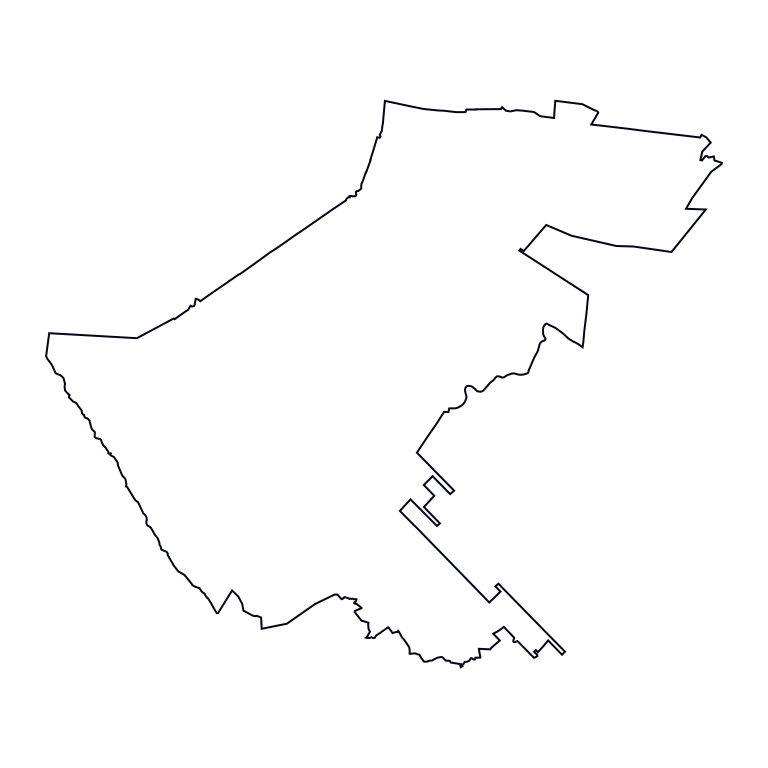 Juárez, Nuevo León, Mexico
{"feature_id": "50627088B92214080906145", "entity_name": "Juárez", "entity_type": "district", "adm_level": 2, "iso_a3": "MEX", "parent_name": "Mexico", "parent_adm1": "Nuevo León", "projection": "albers", "projection_center": [-100.116, 25.608], "detail": "fine", "context": "isolated", "style": "outline", "palette": "ink", "viewbox_px": 768, "rotation_deg": 0, "n_neighbors": 0, "source": "geoboundaries", "source_scale": "gbopen_adm2", "svg_char_len": 6078}
<svg xmlns="http://www.w3.org/2000/svg" viewBox="0 0 768 768"><path d="M410.4,106.3L384.9,100.9L382.9,123.4L382.4,125.9L381.7,131.4L381.0,132.2L379.8,134.8L380.5,136.6L380.1,137.4L379.9,137.6L379.5,137.8L377.3,137.2L372.1,154.4L370.3,160.0L370.6,160.1L366.1,172.5L365.8,172.4L363.6,178.7L363.4,179.5L361.4,184.1L361.2,186.3L361.3,188.5L360.2,189.6L358.8,190.5L358.4,191.0L356.9,191.1L356.0,191.8L355.9,192.6L356.3,194.2L355.8,195.7L355.4,196.2L353.0,196.3L352.0,196.2L351.5,195.9L349.4,196.2L349.7,197.4L347.8,197.5L346.2,199.2L346.1,200.3L331.1,210.4L303.8,229.4L297.9,233.4L297.7,233.4L281.6,244.8L274.1,249.9L270.5,252.1L265.2,256.0L239.7,274.3L238.6,274.5L231.5,279.5L228.0,281.8L227.9,282.1L227.1,282.6L211.3,293.4L200.3,301.2L199.0,300.1L197.8,299.3L195.7,298.9L194.6,305.0L194.0,306.1L191.9,306.5L190.6,305.7L188.1,309.8L179.4,315.7L174.7,319.2L173.7,318.5L136.9,338.2L49.2,333.2L46.1,356.3L47.5,359.0L51.6,364.5L53.5,368.3L55.5,373.0L56.8,373.9L60.5,375.2L63.5,378.1L65.0,383.7L64.6,387.0L65.1,390.5L67.7,393.4L69.5,394.8L69.6,395.3L68.8,396.7L69.0,397.4L72.9,401.4L76.4,403.1L78.2,406.0L81.6,410.4L82.0,413.3L83.4,414.8L84.2,415.1L84.1,415.7L84.9,417.4L85.6,417.9L87.7,418.5L89.5,420.7L91.2,427.4L92.0,429.4L93.9,431.1L94.7,431.9L94.9,432.7L94.6,436.7L95.1,437.3L96.3,438.2L100.0,439.0L101.0,439.9L101.6,441.9L102.4,443.6L103.2,445.1L104.5,446.7L105.7,447.7L106.8,449.7L108.1,451.3L108.3,451.9L108.3,453.3L109.0,453.7L109.9,453.7L110.4,453.3L110.8,453.4L110.5,455.2L111.3,455.7L113.9,457.0L117.6,462.4L118.1,465.7L122.3,475.7L124.9,478.3L125.4,479.1L126.1,482.6L126.4,484.0L126.0,486.4L127.2,487.1L135.3,500.2L138.1,502.3L143.4,513.5L145.2,514.9L146.4,517.3L146.7,518.1L146.8,520.2L146.3,521.9L146.3,523.0L147.2,525.4L148.9,526.3L150.1,527.1L151.0,527.9L154.5,534.1L155.7,535.9L157.6,538.1L159.3,542.3L159.6,545.0L160.4,545.9L160.9,547.4L161.4,549.6L165.9,551.5L166.7,552.0L167.3,552.7L167.8,553.6L167.6,554.9L174.0,565.9L178.5,571.6L180.4,572.6L184.6,575.1L191.9,584.1L192.4,585.3L193.2,585.6L195.5,586.9L199.5,588.2L201.5,591.3L202.9,592.6L203.7,593.0L204.8,594.1L205.5,595.7L207.3,597.9L208.3,598.8L211.1,603.3L214.0,608.6L216.8,613.2L218.0,613.1L232.1,590.5L238.3,596.5L242.2,603.9L243.5,610.7L252.9,615.7L254.4,616.1L255.7,616.1L256.8,615.8L261.1,617.5L261.7,628.8L286.9,623.7L315.1,604.0L334.4,594.7L336.1,594.5L337.3,594.5L341.5,599.1L342.2,599.1L343.9,597.7L344.4,597.1L348.5,598.2L349.3,598.9L350.2,598.7L351.2,598.9L352.2,598.6L354.0,599.2L356.1,599.1L356.5,599.3L356.5,599.7L355.8,601.5L354.8,602.0L354.4,602.2L354.2,602.9L354.3,603.3L355.0,603.7L356.7,604.0L361.4,607.8L361.4,608.2L361.1,608.4L355.0,610.8L354.6,611.3L354.6,611.9L361.4,620.6L368.4,622.7L368.3,624.2L368.1,624.8L368.4,626.6L368.5,628.6L368.6,629.1L370.0,631.7L368.0,635.1L367.4,636.5L366.0,637.7L367.0,638.0L368.9,638.0L370.6,637.6L371.3,637.3L373.6,638.1L374.9,637.7L376.1,635.5L381.0,632.4L381.7,631.7L388.2,627.3L388.4,627.3L389.7,629.2L391.0,630.7L392.5,633.1L396.4,631.9L397.6,632.1L398.2,630.9L399.4,632.5L401.9,637.3L402.4,637.9L403.8,639.2L409.0,646.9L409.3,647.6L409.7,650.5L409.6,653.1L409.7,653.8L410.1,653.9L414.2,653.3L415.3,653.5L417.2,654.2L419.3,654.7L421.3,657.9L421.6,658.5L421.9,658.9L422.2,658.9L422.4,659.2L422.7,659.9L423.5,661.1L424.3,661.7L426.9,661.7L428.6,661.1L429.7,660.6L431.8,660.6L435.7,658.5L437.4,657.7L441.3,657.0L441.7,657.1L442.3,657.3L443.0,657.7L445.7,660.6L449.3,660.8L450.1,661.2L450.4,662.1L450.7,662.5L460.9,664.2L460.3,665.2L460.7,667.2L462.5,666.3L462.2,665.2L462.7,664.6L463.3,664.3L464.7,661.9L466.8,661.9L469.4,660.6L470.7,658.3L471.2,658.2L471.7,658.2L473.1,659.2L474.1,659.6L474.9,659.4L475.3,658.6L475.4,657.7L480.3,657.6L480.4,657.4L479.6,653.3L478.9,648.8L488.4,649.3L490.3,649.3L491.3,647.8L499.8,640.5L493.2,633.7L497.8,631.3L502.0,628.4L503.8,626.9L514.2,637.7L513.2,641.2L513.4,641.6L513.8,642.0L514.4,642.1L514.9,642.1L517.5,641.1L534.1,657.9L537.3,656.2L537.3,654.9L534.0,651.8L535.9,650.1L537.9,652.2L543.2,646.4L548.1,640.4L562.0,654.7L565.0,651.7L547.1,633.5L498.4,583.7L495.4,586.4L500.5,591.6L489.3,602.5L417.3,528.4L413.4,524.6L399.9,510.9L410.5,499.4L437.0,526.0L439.9,523.4L423.9,507.0L434.3,495.8L423.8,485.0L432.6,476.2L450.2,494.1L454.1,490.6L436.3,472.5L416.9,452.6L430.9,431.8L436.6,423.7L444.1,411.8L448.4,412.1L449.2,408.4L455.5,408.3L457.3,407.8L458.9,407.1L461.5,405.6L463.4,403.9L464.4,402.6L465.2,401.1L466.5,397.7L466.4,396.4L465.5,392.9L465.1,391.1L465.1,389.5L465.3,388.1L465.7,387.4L466.6,386.3L467.2,386.0L468.4,385.9L470.8,386.2L472.1,386.6L474.9,388.9L477.1,391.1L478.4,391.5L480.3,391.7L481.0,391.7L481.9,391.4L483.3,390.6L488.7,384.4L489.7,383.2L491.1,381.9L493.3,380.4L494.7,378.6L496.3,376.8L496.7,376.5L497.3,376.3L498.7,376.3L500.1,376.7L501.7,377.4L502.2,377.6L502.9,377.5L503.6,377.4L504.9,376.7L506.4,375.6L507.9,374.9L512.1,373.5L513.6,373.4L514.5,373.5L518.4,374.6L521.9,374.8L525.8,373.9L528.0,372.9L528.4,372.2L528.6,370.7L534.3,357.4L537.3,352.1L538.1,350.1L539.5,344.8L540.1,343.2L541.1,342.1L542.3,341.2L544.0,340.7L544.8,340.3L545.2,339.6L545.5,338.5L544.2,336.5L543.3,334.6L543.1,333.0L543.0,329.4L543.5,327.0L543.8,326.3L545.0,324.6L546.0,323.8L546.7,323.6L549.0,324.9L555.6,328.0L563.3,333.7L568.1,338.3L573.3,341.6L575.8,342.7L578.8,344.5L582.6,347.2L583.4,341.4L584.3,331.0L586.5,313.0L588.2,295.1L519.3,250.6L520.6,248.9L523.8,251.0L546.2,225.0L571.7,235.8L616.3,246.0L633.4,246.5L671.5,252.0L705.8,209.5L686.0,208.8L692.2,198.1L711.2,171.8L721.3,164.3L721.9,162.8L714.5,160.5L713.8,156.4L708.8,157.6L707.3,156.2L705.3,156.2L702.1,160.4L700.4,160.1L702.3,151.6L710.7,142.6L706.3,137.4L701.6,134.8L700.2,137.5L644.5,130.9L628.3,128.8L591.3,124.5L598.2,112.7L597.7,111.8L596.3,110.7L594.6,110.3L582.4,104.2L555.3,100.8L554.4,112.1L554.1,118.0L540.7,116.3L540.0,116.1L534.3,112.2L533.8,112.0L523.0,110.7L516.2,110.2L510.7,111.4L506.1,110.8L502.3,107.4L502.2,108.1L501.4,108.2L501.0,108.4L500.8,109.1L476.1,109.3L476.1,109.5L466.5,109.5L466.1,109.9L465.7,111.8L465.2,112.1L455.6,112.1L444.6,110.8L437.4,110.4L423.7,109.0L410.4,106.3Z" fill="none" stroke="#020617" stroke-width="2"/></svg>